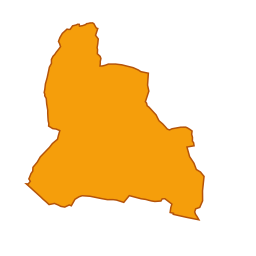 Ankpa, Kogi, Nigeria, rotated 104°
{"feature_id": "59680162B11863934245151", "entity_name": "Ankpa", "entity_type": "district", "adm_level": 2, "iso_a3": "NGA", "parent_name": "Nigeria", "parent_adm1": "Kogi", "projection": "albers", "projection_center": [7.59, 7.498], "detail": "fine", "context": "isolated", "style": "filled", "palette": "amber", "viewbox_px": 256, "rotation_deg": 104, "n_neighbors": 0, "source": "geoboundaries", "source_scale": "gbopen_adm2", "svg_char_len": 2070}
<svg xmlns="http://www.w3.org/2000/svg" viewBox="0 0 256 256"><g transform="rotate(104 128 128)"><path d="M69.9,121.5L70.2,129.2L69.2,132.0L68.2,137.6L68.2,143.4L68.2,149.2L69.0,155.7L70.7,162.5L72.7,165.4L74.1,168.1L74.6,170.2L72.1,170.5L70.1,171.0L67.1,171.1L65.2,172.4L63.4,175.7L59.3,176.5L57.6,177.4L53.7,177.7L48.8,178.4L45.9,181.9L38.8,181.4L38.8,182.2L38.6,183.0L37.1,184.5L35.0,186.4L34.6,187.8L35.3,190.3L36.3,192.1L36.7,193.3L38.0,194.3L39.8,197.0L40.9,199.7L39.2,200.4L39.6,202.1L40.5,203.1L42.3,206.5L46.3,208.0L46.8,209.9L46.8,211.1L52.1,214.6L56.6,215.9L60.8,216.4L62.7,214.8L65.4,213.1L68.7,214.5L71.7,215.9L74.5,216.9L76.5,218.1L80.0,218.9L83.9,217.9L88.0,219.0L92.5,218.8L98.9,218.6L105.2,218.8L110.4,218.1L113.9,217.9L115.3,216.9L116.9,216.6L119.1,214.5L124.4,212.7L130.1,210.2L133.3,209.4L136.9,208.3L140.3,207.2L142.9,205.9L145.3,205.5L146.8,200.9L146.4,197.5L147.0,193.5L151.9,193.7L156.0,193.7L161.4,197.6L165.8,199.5L168.2,200.9L177.2,206.1L183.1,207.8L189.1,210.7L192.9,210.0L195.7,211.1L199.7,211.6L201.4,211.9L203.3,209.9L206.4,211.2L206.8,213.2L207.5,211.9L208.0,210.9L216.0,196.0L217.7,193.1L218.5,191.5L219.6,189.3L221.4,186.1L219.0,181.1L219.6,177.0L220.3,174.2L220.0,170.2L216.9,166.4L217.2,164.2L210.0,162.2L206.6,158.9L204.8,156.1L204.0,151.7L203.4,148.3L202.9,136.5L202.5,130.6L201.1,125.1L200.7,121.7L201.0,117.1L201.2,114.1L193.3,110.4L193.5,98.2L193.0,93.4L193.1,90.3L193.1,87.5L192.8,84.2L190.9,78.4L188.5,77.7L187.7,75.1L191.2,67.0L194.9,67.2L199.8,66.7L199.8,63.2L200.8,63.2L200.7,57.4L200.5,49.4L199.9,37.0L197.3,39.5L195.5,41.5L193.3,43.0L190.1,42.8L187.7,39.2L180.6,38.0L170.9,40.5L156.6,42.5L153.2,47.0L151.7,51.7L146.2,55.5L140.9,61.3L138.6,62.6L132.2,66.2L129.3,59.6L126.4,60.8L125.2,62.3L121.4,63.2L118.7,64.7L115.4,65.1L114.3,67.9L113.5,70.4L113.2,72.2L114.5,77.1L118.1,85.1L119.8,87.2L119.6,89.5L117.6,92.4L115.8,95.1L113.6,99.4L113.0,100.1L109.0,103.5L108.5,103.9L105.6,108.3L102.7,112.7L101.8,114.8L99.4,116.0L98.3,117.5L87.2,116.7L81.7,119.4L69.9,121.5Z" fill="#f59e0b" stroke="#b45309" stroke-width="1.5"/></g></svg>